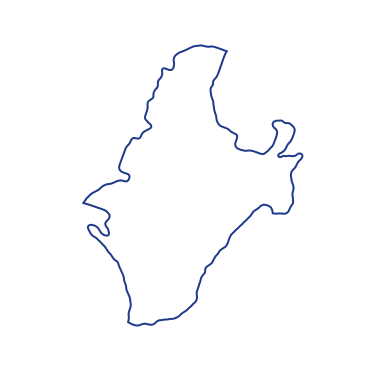 Las Yayas de Viajama, Azua, Dominican Republic (orthographic projection), rotated 289°
{"feature_id": "3306468B57328361484840", "entity_name": "Las Yayas de Viajama", "entity_type": "district", "adm_level": 2, "iso_a3": "DOM", "parent_name": "Dominican Republic", "parent_adm1": "Azua", "projection": "orthographic", "projection_center": [-70.973, 18.597], "detail": "fine", "context": "isolated", "style": "outline", "palette": "blue", "viewbox_px": 384, "rotation_deg": 289, "n_neighbors": 0, "source": "geoboundaries", "source_scale": "gbopen_adm2", "svg_char_len": 6095}
<svg xmlns="http://www.w3.org/2000/svg" viewBox="0 0 384 384"><g transform="rotate(289 192 192)"><path d="M198.1,275.3L199.0,278.9L200.4,282.1L201.4,286.1L201.9,287.2L202.6,288.1L203.5,288.8L204.0,289.1L205.2,289.5L210.7,290.2L213.6,291.1L214.6,291.1L215.6,290.8L219.2,289.3L221.7,288.0L222.8,287.6L224.0,287.4L227.7,287.0L229.5,286.5L231.2,285.6L234.1,283.2L235.2,282.5L239.8,280.1L241.6,279.6L243.4,279.6L244.6,279.8L245.7,280.2L247.8,281.2L248.9,281.6L250.1,281.8L253.8,282.4L255.0,282.6L256.1,283.1L258.1,284.1L259.2,284.6L260.9,284.8L261.9,284.7L262.5,284.5L262.9,284.1L263.3,283.6L263.5,283.1L263.6,282.1L263.4,281.0L262.9,280.1L262.6,279.8L260.5,278.3L259.7,277.6L259.1,276.6L258.7,275.5L257.8,272.0L256.4,268.9L255.8,266.5L254.3,264.9L253.7,264.1L253.5,263.1L253.7,262.5L254.0,262.0L254.5,261.7L255.0,261.6L256.1,261.8L256.9,262.3L258.4,263.9L260.3,265.3L261.3,265.8L263.3,266.4L267.9,267.0L269.1,267.4L271.7,268.6L272.9,268.9L274.8,269.2L276.7,269.3L279.9,269.4L281.8,269.3L283.1,269.2L284.3,268.8L285.3,268.2L286.1,267.4L286.8,266.5L288.3,262.9L288.6,261.9L288.6,260.9L287.8,258.6L287.7,257.5L287.8,256.5L288.6,254.1L288.6,253.6L288.5,252.7L287.1,249.1L286.6,248.1L285.4,246.8L284.4,246.2L283.8,246.1L282.6,246.1L282.0,246.3L281.0,246.9L279.9,248.1L278.5,251.1L277.3,252.4L276.4,253.0L275.8,253.2L274.5,253.5L271.0,253.7L264.6,253.5L262.5,253.3L261.2,252.9L258.1,251.4L255.9,250.5L254.5,249.7L251.8,247.9L251.4,247.5L250.9,246.4L250.6,245.2L250.5,243.9L250.6,237.6L250.4,234.8L250.0,232.8L248.8,230.2L248.3,229.0L248.0,227.0L247.8,224.9L247.8,222.8L247.9,221.6L248.2,220.3L248.4,219.8L249.1,218.8L249.9,218.0L250.9,217.4L251.5,217.2L252.8,217.0L257.4,217.0L258.6,216.8L259.7,216.4L260.2,216.1L260.5,215.7L260.8,215.2L261.0,214.1L261.6,210.0L261.9,208.9L263.0,206.3L263.3,205.1L263.5,203.0L263.6,199.0L263.9,197.0L264.1,196.4L264.8,195.2L266.0,193.7L266.9,192.8L267.9,192.0L269.0,191.4L271.7,190.1L276.3,186.6L279.0,185.3L281.5,183.9L284.8,182.4L288.8,179.2L289.9,178.5L294.0,176.5L295.6,176.0L296.7,176.0L297.8,176.2L299.2,176.6L300.1,176.8L301.0,176.7L302.8,176.1L303.9,176.1L305.6,176.4L307.6,177.3L308.7,177.7L311.4,178.1L314.9,178.2L331.0,178.3L333.8,178.5L336.4,179.1L336.6,169.5L336.5,166.8L336.4,164.8L335.9,162.9L334.7,160.3L334.4,159.2L334.1,157.4L333.8,154.2L333.4,152.4L330.8,147.2L330.2,146.1L328.4,144.1L322.8,138.4L321.5,136.9L320.4,135.3L318.9,134.0L316.5,132.3L314.9,131.6L313.6,131.4L312.4,131.4L311.2,131.6L310.1,132.0L307.6,133.3L305.7,133.8L304.4,133.9L303.1,133.9L301.9,133.6L301.3,133.3L300.8,132.9L300.5,132.4L300.1,131.3L300.0,130.1L300.0,126.4L299.9,125.3L299.6,124.8L299.3,124.4L298.8,124.1L298.3,123.9L297.8,123.9L296.8,124.1L295.1,125.0L294.0,125.4L292.3,125.6L290.4,125.4L289.3,125.1L287.4,124.2L285.7,123.9L284.6,124.0L282.1,124.9L280.5,125.2L278.9,124.9L276.4,123.8L274.6,123.5L273.4,123.5L272.2,123.6L269.8,124.4L268.8,124.5L268.3,124.4L267.3,123.9L265.0,122.2L264.0,121.5L263.4,121.3L262.3,121.1L261.7,121.1L260.6,121.3L258.1,122.4L256.9,122.7L254.2,123.0L248.9,123.0L247.7,123.2L246.6,123.5L245.7,124.2L245.1,125.1L243.5,128.0L242.7,130.0L242.2,130.9L241.5,131.7L241.1,132.0L240.1,132.3L239.5,132.2L238.9,132.0L238.0,131.3L234.3,127.7L232.6,126.5L232.0,126.2L230.9,125.9L226.8,125.3L225.9,124.9L225.1,124.1L224.8,123.2L224.4,120.5L224.2,119.5L223.7,118.6L222.8,118.0L221.7,117.7L218.2,117.2L217.0,116.9L214.5,115.8L213.3,115.4L212.0,115.1L210.0,115.0L194.2,114.7L192.2,114.9L191.0,115.3L190.0,115.9L189.2,116.8L188.6,117.8L188.4,118.4L188.1,120.3L188.1,124.9L187.9,126.1L187.7,126.6L187.4,127.1L186.9,127.5L185.9,128.0L184.2,128.2L182.5,127.9L181.5,127.5L181.0,127.1L180.5,126.1L180.3,125.0L179.9,121.5L179.6,120.3L179.0,119.2L177.8,117.5L175.0,114.5L173.7,113.0L173.0,111.9L171.7,109.2L170.9,108.1L169.6,106.7L167.6,105.1L164.9,103.7L163.8,103.0L162.3,101.7L158.8,98.4L157.8,97.6L156.7,96.9L151.4,94.3L146.2,92.9L146.5,99.0L146.5,112.5L146.4,115.1L146.0,117.0L145.6,118.1L143.9,120.9L143.2,121.6L142.2,122.1L140.5,122.2L138.8,121.8L135.9,120.4L134.8,120.2L133.6,120.4L132.7,120.9L131.9,121.6L131.2,122.4L130.4,123.8L129.7,124.6L126.7,126.6L125.8,127.0L125.3,127.1L124.7,127.1L124.2,127.0L123.6,126.6L123.2,126.2L123.0,125.7L122.8,124.6L122.7,123.5L122.8,122.3L123.3,120.4L123.5,119.9L124.2,118.8L126.7,115.8L127.7,114.2L128.3,112.4L128.5,110.5L128.4,108.7L128.2,107.5L128.0,106.9L127.4,106.0L126.6,105.3L126.1,105.1L125.5,105.0L124.9,105.0L124.4,105.2L123.5,105.8L121.8,107.5L120.1,109.3L118.9,110.9L118.2,112.6L117.4,116.2L117.0,117.3L115.7,119.8L114.8,122.0L113.1,125.0L112.1,127.2L111.0,128.7L108.6,131.7L107.9,132.8L106.5,135.5L103.4,139.5L102.6,141.2L101.9,143.9L101.3,144.8L101.0,145.1L99.2,146.4L97.8,147.5L92.0,153.0L90.5,154.3L88.9,155.4L86.2,156.7L81.7,160.2L78.9,161.5L77.9,162.2L76.5,163.4L72.7,166.9L70.7,168.3L68.5,169.3L66.0,170.6L64.9,171.0L63.0,171.3L58.6,171.4L56.7,171.6L55.5,171.9L53.0,173.1L51.9,173.4L50.6,173.7L48.3,173.9L47.8,175.9L47.4,178.4L47.4,181.0L47.7,182.9L48.0,184.0L48.3,184.6L49.0,185.7L51.0,188.2L52.0,189.8L52.4,191.6L52.8,195.3L53.3,197.0L53.9,198.0L54.6,198.8L55.5,199.5L58.0,200.8L58.9,201.5L59.7,202.4L60.3,203.4L61.0,205.0L62.4,207.5L63.5,210.3L64.9,212.8L65.8,215.0L66.4,216.1L68.0,218.1L69.5,219.4L70.5,220.2L73.7,221.8L77.8,225.0L78.9,225.7L81.1,226.7L84.0,228.5L86.3,229.4L88.7,230.8L89.9,231.2L91.7,231.4L93.5,231.2L94.6,230.8L96.6,229.8L97.8,229.4L99.0,229.1L101.0,229.0L109.8,228.9L113.9,228.6L116.5,229.2L119.4,230.3L120.4,230.4L121.3,230.3L123.1,229.7L124.2,229.7L124.8,229.7L125.4,229.9L126.4,230.4L129.4,232.7L131.0,233.7L132.8,234.2L137.8,234.9L138.9,235.2L141.5,236.4L145.0,237.3L146.1,237.7L147.7,238.7L150.7,241.1L151.8,241.7L152.5,242.0L153.8,242.2L155.1,242.4L160.5,242.4L162.5,242.6L163.8,242.8L165.0,243.2L167.5,244.5L169.7,245.5L172.7,247.2L174.9,248.2L177.9,249.9L180.1,250.8L183.1,252.5L185.3,253.5L187.8,254.8L188.9,255.2L192.5,256.1L193.6,256.5L194.7,257.2L197.7,259.6L198.8,260.3L200.9,261.3L202.2,262.4L203.3,263.8L203.5,264.4L203.8,265.6L203.9,268.1L203.8,269.3L203.5,270.6L203.0,271.7L201.8,273.0L200.4,274.1L198.1,275.3Z" fill="none" stroke="#1e3a8a" stroke-width="2"/></g></svg>